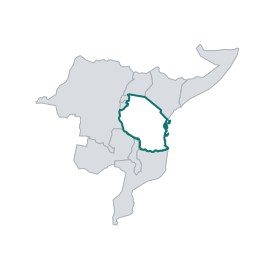 United Republic of Tanzania highlighted, Mercator projection, rotated 10°
{"feature_id": "TZA", "entity_name": "United Republic of Tanzania", "entity_type": "country or territory", "adm_level": 0, "iso_a3": "TZA", "parent_name": "Africa", "parent_adm1": "", "projection": "mercator", "projection_center": [35.057, -6.356], "detail": "fine", "context": "with_neighbors", "style": "outline", "palette": "teal", "viewbox_px": 256, "rotation_deg": 10, "n_neighbors": 9, "source": "natural_earth", "source_scale": "50m", "svg_char_len": 8506}
<svg xmlns="http://www.w3.org/2000/svg" viewBox="0 0 256 256"><g transform="rotate(10 128 128)"><path d="M116.4,105.8L117.6,116.3L117.1,118.8L118.1,121.7L120.9,124.4L123.6,130.7L121.6,130.1L113.8,131.6L112.4,134.7L113.5,136.9L112.0,147.8L116.7,150.7L118.1,149.7L118.5,155.2L114.7,155.1L110.9,150.2L107.2,149.5L106.1,146.9L103.1,148.5L99.2,147.8L97.5,145.5L92.1,145.2L91.8,143.6L87.9,143.2L81.6,144.3L81.8,138.4L80.2,136.5L79.8,133.5L80.5,130.5L79.6,128.6L79.5,125.5L73.5,125.5L74.0,123.7L71.5,123.8L71.2,124.6L68.2,124.8L66.2,128.9L63.5,128.2L58.6,129.3L55.6,125.1L53.0,118.5L38.6,118.4L33.4,119.6L32.8,118.1L34.0,117.6L35.0,114.2L36.7,113.1L38.0,113.6L39.7,111.7L42.4,111.8L42.7,113.2L44.5,114.0L51.5,107.0L51.3,103.0L53.4,98.2L58.9,93.3L59.5,91.8L60.4,88.3L60.7,81.2L63.1,75.5L63.9,69.1L65.8,66.6L68.4,65.0L75.5,68.5L82.8,70.0L84.9,66.6L87.1,67.1L92.6,64.7L94.5,65.7L96.1,65.6L96.8,64.4L98.7,63.9L105.5,64.6L107.1,64.0L110.1,68.1L112.3,68.7L118.6,67.2L119.7,69.3L124.0,72.5L123.7,78.2L125.7,78.9L122.2,81.9L119.3,86.8L119.1,90.7L117.9,92.6L117.9,96.3L116.5,97.6L115.2,103.6L116.4,105.8Z" fill="#d9dde1" stroke="#a8b0b8" stroke-width="1"/><path d="M173.7,93.9L173.7,76.1L179.3,69.0L182.4,68.9L186.8,65.4L193.2,65.2L207.0,50.4L202.9,50.4L186.9,44.6L181.4,37.7L184.3,33.2L185.9,34.1L189.0,38.3L191.5,38.3L201.4,36.4L209.9,33.7L214.2,33.4L219.1,32.1L221.4,30.4L223.2,30.4L222.9,37.3L218.2,50.0L210.9,63.5L206.8,69.0L201.0,75.7L184.2,88.3L178.9,94.2L176.6,97.9L173.7,93.9Z" fill="#d9dde1" stroke="#a8b0b8" stroke-width="1"/><path d="M165.0,112.6L157.9,107.7L157.6,104.9L139.0,94.3L139.0,89.2L144.6,80.4L141.9,72.3L139.5,68.9L145.9,62.7L148.4,63.5L148.4,66.3L150.1,67.9L153.5,67.9L159.7,72.1L166.7,72.9L168.2,70.9L172.6,68.8L174.6,70.5L178.0,70.5L173.7,76.1L173.7,93.9L176.6,97.9L173.2,99.9L172.0,101.9L170.2,102.3L169.5,105.7L167.9,107.7L166.9,111.0L165.0,112.6Z" fill="#d9dde1" stroke="#a8b0b8" stroke-width="1"/><path d="M121.6,130.1L133.4,135.1L135.8,137.3L137.0,141.5L135.2,146.9L136.1,151.0L134.6,152.8L133.1,157.4L135.7,158.8L120.8,162.9L121.3,166.5L117.6,167.2L114.8,169.2L114.2,171.0L112.4,171.4L105.5,178.9L96.8,177.9L93.9,175.9L90.7,175.6L86.7,176.8L80.2,169.4L80.5,153.4L90.7,153.4L90.2,151.7L91.0,149.8L90.1,147.5L90.7,145.0L90.2,143.5L91.8,143.6L92.1,145.2L97.5,145.5L99.2,147.8L103.1,148.5L106.1,146.9L107.2,149.5L110.9,150.2L114.7,155.1L118.5,155.2L118.1,149.7L116.7,150.7L112.0,147.8L113.5,136.9L112.4,134.7L113.8,131.6L115.1,131.0L121.6,130.1Z" fill="#d9dde1" stroke="#a8b0b8" stroke-width="1"/><path d="M133.4,135.1L138.2,136.0L140.9,139.7L142.3,146.5L140.9,150.3L142.3,156.8L144.0,156.7L145.7,158.3L147.8,162.0L148.2,168.5L146.1,169.6L144.6,173.1L141.4,170.0L141.0,166.4L142.0,164.0L141.8,162.0L139.8,160.7L138.5,161.2L133.1,157.4L134.6,152.8L136.1,151.0L135.2,146.9L137.0,141.5L135.8,137.3L133.4,135.1Z" fill="#d9dde1" stroke="#a8b0b8" stroke-width="1"/><path d="M142.3,146.5L145.9,146.0L151.8,147.5L156.5,146.7L158.2,145.2L161.2,145.3L166.5,143.3L170.4,140.5L171.2,142.7L171.8,159.9L172.7,162.4L169.3,169.5L166.2,172.7L156.2,177.1L143.4,188.5L142.9,192.2L145.3,196.2L146.3,200.8L147.2,200.6L146.2,208.2L147.4,209.2L146.7,211.4L144.6,213.3L134.7,218.0L132.5,220.0L133.0,222.3L134.2,222.7L133.8,225.6L130.1,225.5L128.5,218.7L129.4,212.7L125.8,201.4L130.9,195.4L133.0,191.2L133.9,172.7L131.3,171.0L129.0,170.7L125.7,168.3L121.6,168.4L120.8,162.9L135.7,158.8L138.5,161.2L139.8,160.7L141.8,162.0L142.0,164.0L141.0,166.4L141.4,170.0L144.6,173.1L146.1,169.6L148.2,168.5L147.8,162.0L145.7,158.3L144.0,156.7L142.3,156.8L140.9,150.3L142.3,146.5Z" fill="#d9dde1" stroke="#a8b0b8" stroke-width="1"/><path d="M122.2,101.5L123.6,106.1L118.7,111.5L116.7,111.7L116.4,105.8L115.2,103.6L118.1,104.0L119.6,101.2L122.2,101.5Z" fill="#d9dde1" stroke="#a8b0b8" stroke-width="1"/><path d="M139.0,94.3L123.7,94.7L119.1,96.8L117.9,96.3L117.9,92.6L119.1,90.7L119.3,86.8L122.2,81.9L125.7,78.9L123.7,78.2L124.0,72.5L126.0,71.2L129.1,72.3L133.1,71.1L136.5,71.1L139.5,68.9L141.9,72.3L144.6,80.4L139.0,89.2L139.0,94.3Z" fill="#d9dde1" stroke="#a8b0b8" stroke-width="1"/><path d="M122.0,95.2L123.9,98.0L123.7,100.9L122.2,101.5L119.6,101.2L118.1,104.0L115.2,103.6L116.5,97.6L117.9,96.3L119.1,96.8L122.0,95.2Z" fill="#d9dde1" stroke="#a8b0b8" stroke-width="1"/><path d="M134.2,135.9L133.4,135.5L132.7,135.3L132.1,135.0L131.8,134.7L131.3,134.6L130.8,134.5L130.4,134.3L129.9,134.3L129.4,134.2L129.3,133.6L129.2,133.5L128.8,133.4L128.5,133.4L128.3,133.5L128.1,133.5L127.8,133.2L127.6,133.0L127.5,132.5L127.0,132.2L126.6,132.0L125.2,132.0L125.0,131.9L124.7,131.7L124.3,131.3L124.0,130.9L123.7,130.3L123.6,129.9L123.5,129.5L123.1,128.8L122.7,127.9L122.3,127.1L121.9,126.3L121.8,125.7L121.5,125.0L121.0,124.2L120.7,123.9L120.5,123.6L119.8,123.1L119.0,122.5L118.5,122.1L117.9,121.1L117.7,120.7L117.5,120.0L117.4,119.2L117.5,118.9L118.0,118.0L118.0,117.7L118.0,117.4L117.7,116.6L117.5,116.2L117.4,115.7L117.1,115.1L116.7,114.1L116.6,113.7L116.6,113.4L116.8,112.6L117.0,111.7L118.6,111.5L118.8,111.3L119.7,110.8L120.7,109.7L120.9,109.2L121.3,108.6L121.6,108.2L121.8,108.0L121.9,107.6L122.0,107.3L122.5,106.8L123.0,106.4L122.9,106.2L123.0,106.1L123.3,105.9L123.8,105.7L123.9,105.4L123.9,105.0L123.8,104.7L123.8,104.3L123.4,104.3L122.9,104.1L122.5,104.0L122.2,103.9L122.0,103.5L122.1,103.3L122.1,103.2L122.3,102.9L122.1,102.7L122.6,101.6L122.7,101.4L122.8,101.4L123.2,101.3L123.4,101.3L123.7,101.3L123.8,101.3L124.0,101.1L124.1,100.8L124.2,100.2L124.2,99.7L124.0,99.3L123.9,98.8L124.0,98.0L123.9,97.3L123.7,96.8L123.4,96.5L123.0,96.4L122.4,95.6L122.2,95.2L122.3,95.0L122.4,94.9L122.5,94.9L122.9,94.9L123.2,94.8L123.6,94.6L123.9,94.6L124.0,94.6L124.6,94.6L125.5,94.6L126.3,94.6L127.2,94.6L128.1,94.6L128.9,94.6L129.8,94.6L130.7,94.6L131.5,94.6L132.4,94.6L133.3,94.6L134.2,94.6L135.0,94.6L135.9,94.6L136.8,94.6L137.6,94.6L138.5,94.6L139.0,94.6L139.4,94.6L139.8,94.8L140.2,95.0L141.2,95.6L142.2,96.2L143.3,96.8L144.3,97.3L145.4,97.9L146.4,98.5L147.5,99.1L148.5,99.7L149.5,100.2L150.6,100.8L151.6,101.4L152.7,102.0L153.7,102.6L154.8,103.2L155.8,103.7L156.8,104.3L157.3,104.6L157.5,105.3L157.6,105.6L157.5,105.9L157.3,106.4L157.2,106.6L157.2,106.8L157.5,106.9L157.7,107.0L157.9,107.5L158.1,107.7L158.5,108.0L159.3,108.5L160.0,109.1L160.8,109.6L161.5,110.2L162.3,110.7L163.0,111.3L163.8,111.8L164.5,112.3L164.9,112.6L165.1,112.7L165.0,113.1L164.6,114.1L164.6,114.5L164.4,115.0L164.3,115.3L163.9,116.7L163.5,117.3L163.1,118.5L163.0,119.5L163.3,120.1L163.4,120.7L163.9,121.3L164.3,121.6L164.6,121.8L165.1,122.5L165.4,123.1L166.3,123.4L166.7,124.2L166.5,124.6L166.1,125.1L165.7,125.7L165.4,126.6L165.4,127.9L165.6,127.7L166.1,128.0L166.1,129.0L165.6,130.2L165.5,130.7L165.5,131.2L165.8,132.5L166.4,133.2L166.3,133.5L166.2,133.6L167.1,134.9L167.0,135.9L167.4,136.8L167.5,137.5L167.8,138.1L167.8,138.5L167.5,138.9L168.2,139.0L168.6,139.3L168.8,139.7L169.3,139.7L169.6,139.9L169.9,140.1L170.8,140.6L171.0,140.9L171.1,141.1L170.6,141.6L169.7,142.3L168.8,143.0L168.0,143.4L167.4,143.6L166.7,143.7L166.1,144.0L165.6,144.5L164.8,144.7L163.9,144.7L163.0,145.0L162.0,145.6L161.5,145.9L160.6,145.4L160.0,145.2L159.2,145.3L158.7,145.3L158.4,145.7L158.3,146.3L157.7,146.8L156.8,147.2L156.0,147.4L155.3,147.3L154.8,147.1L154.5,146.8L154.1,146.7L153.6,146.7L153.1,146.9L152.6,147.3L151.8,147.4L150.8,147.4L150.2,147.2L150.2,146.9L149.7,146.5L148.9,146.1L148.3,146.1L147.9,146.5L147.5,146.8L147.2,146.9L146.9,146.9L146.6,146.8L145.3,146.7L144.2,146.7L144.1,146.2L143.9,145.8L143.7,145.6L143.4,145.6L143.2,145.4L143.1,145.0L142.9,144.7L142.6,144.5L142.5,144.3L142.4,144.0L142.5,143.8L142.7,143.2L142.8,142.8L142.8,142.4L142.6,142.0L142.4,141.5L142.4,141.3L142.3,141.0L142.3,140.8L142.4,140.5L142.3,140.1L142.1,139.2L141.8,138.6L141.1,137.7L139.9,136.6L139.5,136.4L139.3,136.6L139.3,137.0L139.2,137.3L139.0,137.2L138.8,137.2L138.4,136.9L138.0,136.9L137.2,136.9L136.9,137.0L136.7,136.9L136.2,136.5L135.7,136.4L135.3,136.4L134.5,135.9L134.3,135.9L134.2,135.9ZM166.4,120.0L166.8,121.0L166.7,121.2L166.5,121.3L166.3,121.3L166.2,121.2L166.1,120.8L165.9,120.9L165.5,120.5L165.2,120.5L164.9,120.0L165.0,119.5L164.9,118.8L165.3,118.4L165.5,117.7L165.7,118.2L165.8,118.9L166.1,119.7L166.4,119.9L166.4,120.0ZM168.2,113.7L168.2,114.0L168.2,115.0L168.2,115.4L167.9,116.1L167.6,116.4L167.4,116.3L167.3,116.2L167.1,116.0L167.4,114.8L167.3,113.8L167.8,113.9L168.2,113.7ZM167.5,128.9L167.2,128.9L166.9,128.7L167.2,128.5L167.5,128.1L168.1,127.6L168.3,127.3L168.4,127.2L168.4,127.6L168.0,128.5L167.7,128.5L167.5,128.9Z" fill="none" stroke="#0f766e" stroke-width="2"/></g></svg>